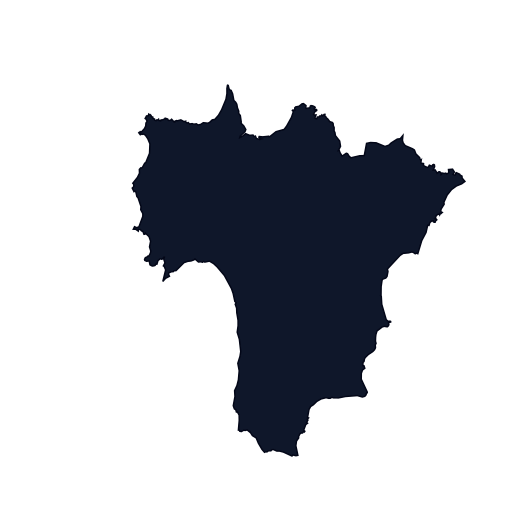 the district of Bangka Barat, Bangka-Belitung, Indonesia, rotated 296°
{"feature_id": "22746128B47433230053131", "entity_name": "Bangka Barat", "entity_type": "district", "adm_level": 2, "iso_a3": "IDN", "parent_name": "Indonesia", "parent_adm1": "Bangka-Belitung", "projection": "orthographic", "projection_center": [105.522, -1.841], "detail": "fine", "context": "isolated", "style": "filled", "palette": "ink", "viewbox_px": 512, "rotation_deg": 296, "n_neighbors": 0, "source": "geoboundaries", "source_scale": "gbopen_adm2", "svg_char_len": 6125}
<svg xmlns="http://www.w3.org/2000/svg" viewBox="0 0 512 512"><g transform="rotate(296 256 256)"><path d="M407.4,226.3L406.1,225.9L404.2,227.0L403.2,225.0L402.7,224.9L402.2,226.3L396.1,227.1L386.4,226.6L382.1,225.8L376.5,219.5L369.2,216.0L368.8,215.5L369.2,214.9L366.0,209.8L364.8,206.5L364.0,206.5L363.6,207.2L363.8,209.9L362.3,208.3L361.8,204.8L363.5,202.9L362.5,201.9L363.4,200.3L361.7,197.5L361.4,193.0L357.8,191.4L355.2,189.5L356.9,189.2L362.9,191.6L365.2,191.4L367.6,187.9L368.9,184.0L369.8,184.1L375.4,180.3L376.6,177.9L378.6,177.0L381.0,174.4L384.0,172.2L385.3,170.3L386.1,167.9L391.5,163.9L393.9,161.1L393.6,160.6L394.4,158.5L397.1,156.3L397.2,155.7L396.9,155.5L393.9,156.4L389.2,158.7L383.7,160.3L372.4,161.0L366.1,160.6L360.7,159.1L359.2,157.0L355.7,155.7L354.3,154.6L352.7,150.2L350.0,148.6L348.3,146.4L348.7,144.6L347.2,142.3L347.0,140.6L345.5,138.4L346.2,136.6L345.5,136.1L345.3,135.1L345.7,133.9L346.3,133.7L345.2,132.3L345.4,128.8L343.0,126.0L342.9,125.2L341.6,124.0L340.8,124.3L340.5,123.8L341.9,120.2L340.6,119.7L339.6,118.4L339.5,117.7L340.4,116.6L340.2,114.9L339.5,114.8L339.9,113.9L339.0,113.7L337.2,112.1L336.7,111.0L335.7,111.1L335.2,109.4L336.2,108.5L335.1,108.1L334.9,107.2L333.8,106.9L333.6,105.4L334.6,104.8L334.5,102.9L335.6,102.4L335.4,100.7L336.3,100.1L336.7,98.8L336.3,98.3L336.5,97.4L334.8,97.7L333.9,96.2L331.0,96.1L330.9,97.0L329.5,99.1L327.3,98.8L324.5,99.9L321.6,99.9L317.8,98.8L316.9,98.1L317.0,97.5L316.2,97.5L316.1,96.9L315.4,96.6L314.3,98.8L315.4,99.2L315.3,100.2L316.3,101.4L316.1,103.6L314.0,107.3L310.3,111.5L301.6,115.3L291.5,116.0L290.7,115.3L286.1,115.1L284.8,114.5L284.7,113.8L282.7,113.2L279.3,115.0L274.7,115.0L267.4,113.4L267.1,114.3L265.8,115.3L264.6,115.7L262.8,115.0L260.4,118.1L261.1,118.3L261.3,119.2L260.7,120.1L257.2,122.9L256.7,124.4L250.0,131.0L247.1,132.1L244.5,135.7L242.0,136.9L230.9,138.0L229.1,136.3L229.1,134.0L226.3,134.0L227.3,136.1L226.8,139.2L228.3,138.6L229.1,140.3L228.4,142.1L228.4,143.7L226.4,145.8L226.9,146.6L228.1,146.6L226.5,151.4L223.1,154.8L217.5,156.3L214.3,159.3L212.4,159.8L208.7,159.8L208.7,159.0L206.9,158.2L206.1,157.3L204.1,157.3L203.3,158.0L203.3,160.0L204.8,162.1L201.6,164.6L201.5,167.1L202.4,168.5L203.3,169.4L204.8,169.5L205.2,170.5L208.9,169.9L211.5,171.1L211.8,172.9L215.5,174.1L212.6,174.6L209.9,177.2L206.5,177.1L206.4,178.1L203.9,180.9L192.3,183.4L196.3,184.5L199.8,187.1L201.4,185.3L202.7,185.1L204.6,186.7L205.8,188.6L206.7,188.6L207.8,190.5L218.5,194.2L221.3,197.0L223.1,199.8L225.4,202.0L226.6,202.4L225.4,206.9L226.7,209.1L226.9,210.6L228.3,211.4L228.0,212.3L228.5,213.2L231.0,216.4L230.6,221.2L229.2,225.8L224.6,236.2L216.0,248.2L212.3,251.9L205.9,256.9L205.3,258.6L203.5,258.5L200.7,261.4L196.6,263.6L190.3,268.1L185.4,270.5L179.3,272.5L173.8,277.6L163.4,284.2L158.8,285.6L151.6,286.7L145.5,291.2L136.9,294.5L131.2,295.7L125.6,295.8L120.5,298.7L111.5,301.2L109.1,303.6L109.0,305.2L107.2,306.8L107.8,307.5L105.6,310.6L100.9,313.0L91.8,316.5L92.1,317.5L91.4,318.2L91.8,319.8L94.0,321.3L94.5,322.8L95.8,324.3L95.0,327.6L95.4,327.6L93.0,331.5L92.6,335.9L88.8,340.2L84.8,346.2L83.3,349.7L84.4,350.6L84.7,351.7L86.3,352.5L87.5,354.8L88.8,355.1L89.7,356.5L89.8,360.1L91.0,362.7L91.8,366.6L92.0,376.0L93.3,376.3L94.0,379.4L95.2,381.0L102.9,375.0L107.4,373.5L111.2,374.1L112.3,373.4L115.3,373.4L116.8,374.3L117.3,375.4L119.3,375.9L119.1,376.6L119.9,376.7L120.3,375.2L126.3,374.6L128.3,375.6L128.6,374.4L131.3,374.6L131.9,373.6L133.5,374.2L133.5,373.1L141.3,370.9L144.7,371.1L147.5,372.8L152.0,374.4L156.1,377.2L159.4,381.1L160.0,383.8L160.7,385.1L162.3,386.2L162.4,387.6L164.6,392.3L168.9,397.9L175.0,408.3L175.9,413.4L177.6,415.3L179.6,415.8L180.6,415.3L181.8,415.9L182.5,415.6L191.4,404.6L196.7,402.1L200.2,401.7L202.8,403.0L204.7,401.1L204.3,400.1L207.2,398.8L208.5,399.3L211.1,398.6L212.6,398.7L216.6,400.1L221.5,402.9L223.7,403.6L225.9,403.6L228.3,402.2L230.1,402.2L231.8,400.7L235.4,399.1L237.9,398.2L241.6,397.6L247.5,400.5L249.0,402.1L249.9,405.0L250.6,405.4L252.4,405.6L254.1,404.3L255.7,406.0L256.2,405.7L256.2,405.1L255.2,403.3L255.8,401.0L267.7,390.2L274.8,386.2L275.1,385.4L275.5,385.6L283.3,381.9L289.5,379.9L290.8,380.1L293.1,382.3L295.1,382.7L299.9,381.4L301.9,379.8L319.7,385.2L322.9,387.1L325.7,391.7L327.9,394.3L328.2,395.7L327.8,398.1L329.0,399.1L329.0,400.4L342.6,398.2L351.7,398.5L358.9,396.8L359.3,398.1L362.2,397.6L364.7,398.7L365.3,399.8L364.6,400.1L364.4,401.3L364.9,402.2L366.2,402.0L367.7,402.6L367.9,400.8L368.4,401.4L369.0,400.5L371.4,400.3L373.1,401.2L373.9,402.2L373.4,403.0L374.9,402.7L374.9,403.5L376.8,404.3L376.8,403.0L377.4,402.3L379.5,401.8L385.0,402.4L386.7,401.3L394.6,401.1L401.4,402.6L406.9,405.5L411.0,409.2L414.6,411.1L416.4,407.1L418.1,406.1L418.2,404.1L418.8,403.2L418.7,399.5L417.9,399.1L416.6,399.7L415.8,399.2L415.7,397.3L418.5,397.4L420.2,394.6L418.1,391.1L415.4,392.8L413.8,391.8L413.3,391.4L413.7,390.3L412.7,389.1L412.1,386.7L410.4,386.9L410.1,386.6L411.3,386.0L412.3,384.3L411.7,383.3L409.8,382.5L411.9,379.3L410.9,377.6L414.6,377.4L416.1,376.4L416.2,375.6L415.3,374.8L413.9,375.1L413.6,372.0L411.5,371.9L410.7,371.2L410.6,367.8L411.1,366.5L412.3,366.3L412.5,365.7L411.8,363.9L412.4,363.2L414.5,362.5L414.1,362.4L415.4,360.5L416.2,359.9L417.9,354.9L420.7,351.9L421.0,349.7L420.6,341.7L422.2,338.6L424.2,336.9L428.7,335.2L424.6,334.2L423.0,331.7L416.8,327.9L413.8,326.8L411.0,323.9L410.4,314.4L408.2,309.2L405.7,306.0L393.7,309.3L391.5,305.2L385.9,298.3L386.5,296.0L388.1,293.4L387.9,292.1L383.5,289.6L385.8,286.1L387.7,284.2L387.2,283.8L391.6,283.9L396.0,280.8L399.0,274.6L401.6,272.8L402.6,271.4L405.7,269.9L407.1,268.3L408.8,267.3L409.5,266.2L409.1,263.4L410.6,260.5L411.1,258.5L411.9,257.5L412.2,256.1L413.5,255.9L413.2,255.2L411.1,254.5L411.7,253.3L410.2,252.9L409.7,251.8L408.5,251.7L407.8,250.2L406.2,250.4L405.7,249.9L405.8,248.3L409.1,248.1L408.2,246.4L408.5,245.6L411.7,245.7L413.1,246.7L413.8,246.7L414.1,245.8L413.2,245.0L413.2,244.2L413.7,243.7L415.2,244.2L415.8,243.5L415.8,241.2L415.3,239.5L414.5,239.1L412.8,239.5L410.7,236.4L410.8,235.8L413.1,235.0L413.8,231.9L413.0,230.7L409.4,229.0L407.4,226.3Z" fill="#0f172a" stroke="#020617" stroke-width="1.5"/></g></svg>